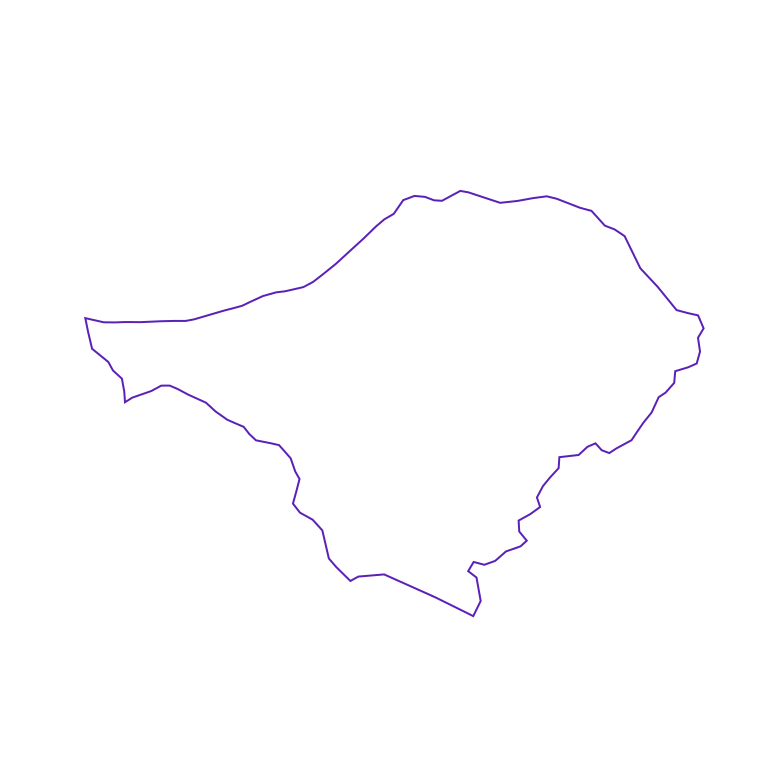 Quatro Barras, Paraná, Brazil, rotated 10°
{"feature_id": "56859067B35023448273735", "entity_name": "Quatro Barras", "entity_type": "district", "adm_level": 2, "iso_a3": "BRA", "parent_name": "Brazil", "parent_adm1": "Paraná", "projection": "mercator", "projection_center": [-49.007, -25.374], "detail": "fine", "context": "isolated", "style": "outline", "palette": "violet", "viewbox_px": 768, "rotation_deg": 10, "n_neighbors": 0, "source": "geoboundaries", "source_scale": "gbopen_adm2", "svg_char_len": 1684}
<svg xmlns="http://www.w3.org/2000/svg" viewBox="0 0 768 768"><g transform="rotate(10 384 384)"><path d="M78.4,371.0L83.6,384.2L90.4,400.0L108.7,410.2L114.7,417.7L125.0,424.3L129.5,436.5L132.1,446.9L138.4,441.2L156.1,431.3L164.9,424.3L173.2,422.8L181.5,424.7L193.1,428.5L211.9,433.3L222.9,440.3L235.8,446.4L244.0,448.4L253.3,450.6L260.1,456.7L267.7,461.7L282.2,462.0L291.2,462.4L297.7,467.5L305.0,473.4L311.8,485.6L317.3,492.2L316.4,504.0L315.1,517.6L323.6,525.3L337.4,530.1L348.7,538.9L360.0,565.4L368.8,572.6L385.1,583.8L392.2,578.1L417.2,571.5L472.0,585.3L512.2,597.1L516.9,580.9L508.7,558.5L499.4,553.7L503.2,543.7L514.2,544.6L524.2,538.9L533.2,527.7L546.6,520.2L551.8,513.5L542.8,505.8L540.3,495.1L550.9,486.5L559.1,478.0L554.3,469.2L558.3,456.9L563.7,447.3L570.6,436.5L569.4,425.6L588.0,420.1L595.3,410.5L602.6,405.7L609.9,411.4L617.9,412.9L623.9,407.2L637.5,396.4L641.9,386.4L646.2,377.0L652.5,365.6L656.8,349.3L662.8,343.6L669.6,332.5L668.6,320.8L680.7,314.7L688.4,309.5L689.6,297.2L685.2,284.0L689.1,273.7L681.4,261.9L670.8,261.4L659.3,260.4L636.4,240.6L616.3,225.5L595.3,196.6L584.2,191.7L574.0,189.7L558.3,177.5L546.3,176.4L522.0,171.6L511.7,170.9L498.4,175.1L490.8,177.9L483.5,180.6L466.9,185.4L433.8,180.6L425.6,180.6L409.3,193.5L401.4,194.4L391.9,192.6L381.3,193.5L371.0,199.6L364.1,214.7L355.7,221.8L348.7,230.3L338.9,243.9L329.1,256.6L315.6,274.2L304.5,286.9L296.3,295.9L287.7,302.6L279.2,306.2L270.4,309.9L261.8,312.5L249.5,318.4L237.8,326.5L230.7,331.6L222.5,335.5L214.1,339.3L196.9,347.8L185.8,353.3L177.8,356.3L165.0,358.6L153.1,361.0L144.6,362.9L133.8,365.3L118.0,368.0L108.2,370.1L97.2,371.9L78.4,371.0Z" fill="none" stroke="#5b21b6" stroke-width="2"/></g></svg>